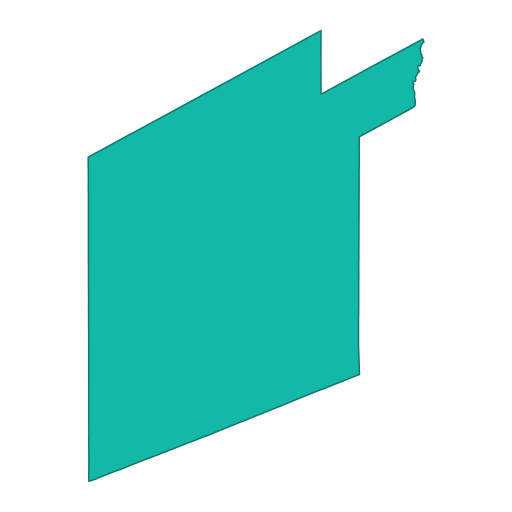 Nong Suea, Pathum Thani, Thailand
{"feature_id": "78962969B25224314923642", "entity_name": "Nong Suea", "entity_type": "district", "adm_level": 2, "iso_a3": "THA", "parent_name": "Thailand", "parent_adm1": "Pathum Thani", "projection": "robinson", "projection_center": [100.833, 14.16], "detail": "fine", "context": "isolated", "style": "filled", "palette": "teal", "viewbox_px": 512, "rotation_deg": 0, "n_neighbors": 0, "source": "geoboundaries", "source_scale": "gbopen_adm2", "svg_char_len": 5572}
<svg xmlns="http://www.w3.org/2000/svg" viewBox="0 0 512 512"><path d="M422.6,39.0L421.3,39.8L416.2,42.6L412.4,44.6L408.6,46.8L403.8,49.3L397.7,52.6L392.6,55.4L387.0,58.3L367.9,68.7L361.1,72.4L351.9,77.4L339.4,84.2L322.3,93.6L322.0,93.7L321.1,93.7L321.0,89.6L321.0,79.1L320.9,66.9L320.9,53.9L321.0,46.9L321.0,30.7L319.7,31.3L317.4,32.6L310.8,36.1L298.8,42.7L293.5,45.6L283.0,51.3L270.8,57.9L264.3,61.5L248.6,70.0L241.5,73.9L234.4,77.8L227.9,81.3L225.1,82.8L222.6,84.1L221.1,84.9L220.1,85.5L215.9,87.8L210.4,90.8L205.7,93.3L201.5,95.4L200.9,95.8L199.6,96.6L189.9,101.9L147.4,125.0L141.3,128.3L133.4,132.6L126.0,136.5L109.9,145.3L102.1,149.6L95.3,153.2L91.3,155.5L88.2,157.2L88.2,159.1L88.2,161.9L88.2,164.2L88.2,166.9L88.3,169.3L88.3,172.1L88.3,176.0L88.4,180.7L88.3,184.4L88.3,190.2L88.4,191.9L88.4,193.0L88.4,195.6L88.4,198.9L88.4,204.7L88.4,206.5L88.4,215.7L88.4,219.0L88.4,222.4L88.4,230.8L88.4,236.9L88.4,241.3L88.4,243.9L88.4,248.6L88.4,255.2L88.4,259.0L88.4,260.9L88.5,267.3L88.5,270.7L88.5,275.4L88.5,279.2L88.5,289.1L88.6,299.3L88.6,301.5L88.5,310.1L88.6,318.6L88.6,327.2L88.6,329.5L88.6,331.3L88.7,333.2L88.6,337.1L88.7,338.9L88.6,340.8L88.7,344.6L88.7,345.8L88.7,348.0L88.7,354.8L88.7,358.6L88.7,361.7L88.7,363.9L88.7,365.9L88.7,370.5L88.7,373.6L88.7,375.9L88.7,377.2L88.8,378.4L88.7,379.6L88.7,381.1L88.8,382.2L88.8,386.0L88.8,387.5L88.8,388.9L88.8,390.8L88.8,392.2L88.8,393.6L88.8,395.8L88.8,398.1L88.8,400.2L88.8,402.5L88.8,405.1L88.8,406.9L88.8,409.9L88.8,411.9L88.8,412.9L88.8,413.8L88.8,416.1L88.8,417.7L88.8,418.7L88.8,420.2L88.8,422.3L88.8,424.9L88.8,426.3L88.8,428.4L88.9,433.6L88.8,435.2L88.8,437.0L88.8,440.0L88.8,445.2L88.8,447.0L88.8,448.4L88.9,449.3L88.9,450.0L88.8,452.8L88.9,458.3L88.8,460.9L88.9,463.2L88.9,464.2L88.8,465.1L88.9,468.8L88.8,470.3L88.8,471.8L88.8,474.0L88.8,475.2L88.8,476.7L88.8,477.7L88.9,481.3L89.9,481.1L90.5,480.9L91.7,480.5L94.5,479.5L96.9,478.6L99.0,477.5L102.4,476.3L106.7,474.6L107.7,474.2L108.4,473.9L109.0,473.7L109.5,473.4L115.4,471.1L115.9,471.0L120.9,469.3L121.9,468.9L127.9,466.5L129.3,465.8L129.8,465.5L134.8,463.6L136.9,462.8L142.0,460.8L145.2,459.5L147.2,458.8L148.5,458.4L151.6,457.2L153.9,456.3L155.3,455.7L158.4,454.6L160.9,453.5L163.4,452.6L165.6,451.8L166.8,451.3L168.5,450.6L175.8,447.8L179.9,446.1L183.2,444.8L184.9,444.2L185.8,443.8L186.4,443.5L187.6,443.0L189.8,442.3L193.8,440.8L197.4,439.4L199.4,438.5L200.5,438.1L201.7,437.6L205.2,436.3L205.3,436.3L205.6,436.3L219.2,430.7L225.1,428.3L228.0,427.1L233.4,425.0L239.5,422.5L242.1,421.5L244.1,420.8L244.3,420.5L244.7,420.4L246.4,419.8L248.6,418.9L250.4,418.1L250.8,418.0L254.9,416.3L258.3,414.9L260.3,414.2L262.2,413.4L269.5,410.5L273.6,408.8L278.3,406.9L282.2,405.5L283.4,404.9L289.8,402.2L296.6,399.4L300.5,397.9L301.4,397.5L310.5,393.8L313.7,392.5L320.5,389.8L322.1,389.4L324.4,388.5L327.4,387.2L330.8,385.9L334.9,384.2L340.6,382.0L345.8,379.9L347.6,379.2L350.3,378.1L353.6,376.8L359.5,374.4L359.4,371.1L359.3,368.5L359.2,364.6L359.1,361.6L358.9,356.5L358.5,346.4L358.5,342.2L358.5,337.0L358.5,330.9L358.5,324.9L358.5,320.1L358.6,315.2L358.7,306.6L358.7,306.1L358.7,305.9L358.7,300.9L358.7,295.5L358.7,285.3L358.8,274.7L358.7,264.0L358.8,260.1L358.8,251.1L358.9,241.8L358.9,232.2L358.9,226.8L359.0,216.7L359.0,216.1L359.0,210.7L359.0,204.9L359.1,192.7L359.1,190.0L359.1,186.1L359.1,179.1L359.1,172.0L359.2,167.1L359.2,160.5L359.2,159.2L359.2,154.9L359.2,153.5L359.1,150.8L359.2,149.3L359.2,147.5L359.2,142.6L359.2,140.0L359.2,137.3L359.2,137.0L359.3,136.9L359.5,136.7L360.0,136.4L362.1,135.3L366.9,132.7L370.6,130.7L372.6,129.6L373.7,129.0L377.0,127.2L381.0,125.0L382.4,124.1L384.5,123.0L388.3,121.1L392.6,118.7L397.4,116.1L400.8,114.2L402.3,113.3L408.2,110.2L410.1,109.1L411.4,108.4L412.2,108.0L412.3,107.9L412.9,107.4L413.1,107.2L413.3,107.0L414.6,106.4L414.6,105.9L414.8,105.8L414.9,105.7L415.1,105.0L415.1,104.7L415.2,103.8L415.3,101.3L415.1,100.1L414.9,99.3L414.9,98.9L414.9,98.5L414.7,98.1L414.6,97.4L414.6,96.1L414.7,95.2L414.5,93.9L414.5,93.7L414.7,93.2L414.7,92.8L414.5,91.8L414.4,91.5L414.3,91.2L413.7,90.4L413.6,90.2L413.4,89.5L413.1,88.4L413.1,87.9L413.1,87.1L413.2,86.6L413.4,85.8L413.7,85.1L413.7,84.8L413.8,84.4L413.7,84.1L413.0,83.2L412.9,83.0L412.9,82.9L412.8,82.6L412.8,82.3L412.9,82.0L413.1,81.8L413.3,81.6L413.7,81.5L413.9,81.6L414.2,81.6L414.6,81.6L414.8,81.6L415.0,81.4L415.2,81.2L415.5,80.8L415.6,80.6L415.7,80.3L415.8,79.9L415.8,79.4L415.7,78.9L415.5,78.3L415.5,78.0L415.5,77.6L415.6,77.0L415.6,76.7L415.8,76.4L416.4,75.6L416.8,75.0L417.0,74.7L417.4,73.8L417.7,73.1L417.9,72.8L418.1,72.6L418.3,72.4L418.7,72.1L418.9,72.0L419.4,71.6L419.5,71.5L419.5,71.3L419.5,71.1L418.6,70.0L418.4,69.8L418.2,69.2L418.1,68.3L417.9,67.7L417.7,67.1L417.6,66.8L417.5,66.7L417.6,66.3L417.6,66.1L418.0,65.8L418.3,65.7L418.6,65.8L418.9,65.8L419.5,65.8L419.8,65.7L420.0,65.6L420.1,65.4L420.3,65.2L420.4,64.7L420.9,63.4L421.5,62.4L421.8,61.9L421.9,61.7L422.1,60.6L422.1,60.4L422.1,59.3L422.2,58.9L422.3,58.5L422.8,57.8L422.8,57.7L422.8,57.4L422.7,57.3L422.3,57.3L422.1,57.2L421.9,57.2L421.7,56.7L421.6,56.4L421.6,56.2L421.8,55.8L421.8,55.7L421.8,55.2L421.8,54.9L421.6,54.7L421.4,54.6L421.3,54.4L421.2,54.4L421.1,54.1L421.1,53.7L420.9,52.9L420.9,52.6L420.7,51.7L420.6,51.1L420.4,50.5L420.4,50.3L420.3,50.2L420.3,49.7L420.3,49.1L420.3,48.7L420.4,48.3L420.8,46.9L421.1,46.0L421.2,45.5L421.4,44.9L421.5,44.7L421.7,44.4L421.8,44.3L422.6,43.2L422.9,42.8L423.4,42.5L423.6,42.3L423.8,42.2L423.8,41.9L423.8,41.6L423.7,41.2L423.4,40.6L423.2,40.4L423.1,39.8L423.0,39.6L422.9,39.4L422.7,39.3L422.6,39.0Z" fill="#14b8a6" stroke="#0f766e" stroke-width="1.5"/></svg>